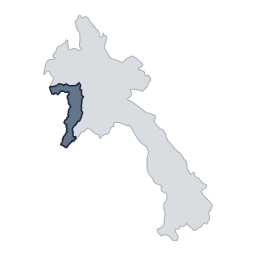 Xaignabouri on a map of Laos (Natural Earth projection)
{"feature_id": "LAO-3278", "entity_name": "Xaignabouri", "entity_type": "Province", "adm_level": 1, "iso_a3": "LAO", "parent_name": "Laos", "parent_adm1": "", "projection": "natural_earth1", "projection_center": [101.237, 18.696], "detail": "fine", "context": "in_parent", "style": "filled", "palette": "slate", "viewbox_px": 256, "rotation_deg": 0, "n_neighbors": 0, "source": "natural_earth", "source_scale": "10m", "svg_char_len": 7152}
<svg xmlns="http://www.w3.org/2000/svg" viewBox="0 0 256 256"><path d="M88.3,18.4L89.6,20.9L95.3,27.7L96.3,29.5L98.4,30.9L100.2,36.9L100.9,37.3L101.9,36.9L102.6,36.0L103.2,33.7L103.6,33.5L104.2,35.4L105.8,35.9L106.6,36.8L106.8,38.2L106.5,39.7L105.2,43.1L104.4,47.7L110.0,57.6L112.4,58.9L118.0,60.5L121.8,62.7L123.6,62.1L125.3,59.7L127.3,58.3L131.0,56.2L132.1,56.1L134.2,57.0L137.6,59.4L142.8,64.0L142.7,65.2L141.7,66.4L139.0,68.2L138.1,69.4L138.6,69.8L140.9,70.1L143.7,71.2L144.5,72.4L145.0,75.1L145.5,75.6L148.0,75.3L148.8,75.7L149.7,76.6L150.6,78.8L150.6,80.5L148.1,83.5L147.8,85.3L146.5,87.4L143.1,91.0L142.2,91.2L135.8,89.3L130.7,89.5L130.3,90.3L131.2,92.5L131.5,94.6L130.7,96.2L127.8,98.4L127.7,99.3L128.3,100.2L132.5,102.1L146.1,112.5L152.2,114.4L155.0,115.7L155.7,116.5L155.6,117.4L154.9,118.5L154.4,120.5L154.3,121.7L155.0,122.9L156.1,124.7L159.9,128.6L162.7,129.5L165.6,134.0L166.5,137.9L167.9,140.5L175.0,148.9L180.9,154.1L184.5,159.8L186.2,161.0L186.7,163.1L187.2,169.0L189.3,172.0L189.7,173.2L190.6,174.0L191.6,174.2L193.6,172.3L194.0,172.6L195.0,175.7L195.8,176.8L199.0,178.7L202.3,182.5L204.1,183.9L206.3,185.0L206.6,186.1L206.2,187.4L205.5,188.1L201.7,190.3L201.2,191.3L203.8,196.1L210.2,202.1L212.2,205.6L211.8,207.4L210.1,210.8L208.8,211.8L208.4,212.9L209.4,215.7L209.3,220.1L208.1,221.1L207.0,223.8L206.2,224.0L204.3,223.0L200.2,227.6L198.4,227.4L196.4,230.0L193.7,230.3L191.9,228.4L188.0,225.3L186.6,223.4L185.4,225.1L183.3,226.6L180.4,226.1L179.6,228.4L179.1,228.8L175.6,229.2L174.9,229.6L175.5,231.7L177.6,235.2L178.2,237.3L176.9,240.6L173.3,240.6L171.6,239.2L169.6,236.3L164.9,234.5L161.8,235.8L160.8,235.7L158.5,233.3L157.6,231.8L157.1,229.5L160.6,227.6L162.4,226.2L163.6,224.7L164.1,223.1L164.6,216.4L165.1,214.1L164.8,211.2L163.8,209.0L163.8,205.6L164.3,202.9L165.7,201.5L166.6,199.5L167.1,195.1L166.7,194.0L165.4,192.9L163.1,191.9L161.7,190.6L161.1,189.0L161.2,187.6L161.8,186.4L160.2,185.1L156.1,183.6L153.8,181.9L153.3,179.8L151.6,177.2L148.7,173.9L147.1,169.1L146.9,162.9L147.2,157.8L148.5,151.9L146.8,147.7L144.9,145.5L142.3,143.8L139.8,141.5L137.4,138.4L134.6,133.9L131.3,127.9L129.1,125.2L127.9,125.8L125.6,125.3L121.9,123.5L118.8,122.6L116.1,122.4L114.3,122.8L113.5,123.8L113.5,124.7L114.1,125.6L113.8,126.3L112.4,126.7L111.2,127.7L110.0,129.9L109.1,132.8L107.8,133.9L105.7,134.2L103.7,135.0L101.7,136.4L100.7,137.5L100.8,138.2L100.4,138.3L99.4,137.9L99.0,137.0L99.0,135.5L98.0,134.5L95.9,134.0L93.5,132.4L89.0,128.2L87.9,128.0L86.4,129.1L84.5,131.4L82.9,132.3L81.6,131.9L80.7,132.7L80.0,134.8L78.7,136.5L72.6,141.0L67.1,146.7L65.7,147.2L62.4,145.6L61.4,144.5L65.9,132.7L66.6,129.8L66.5,126.0L64.5,122.9L64.4,122.0L64.7,121.0L67.1,117.3L69.8,107.9L69.6,105.0L68.4,101.7L67.8,98.7L68.3,94.5L68.1,92.9L66.8,92.1L62.7,91.2L60.3,91.9L59.1,93.0L57.7,93.8L55.1,94.2L52.6,92.7L50.5,90.3L50.0,87.4L52.6,81.1L53.3,78.7L53.2,77.5L52.8,76.3L52.1,76.2L50.8,74.7L49.5,72.1L48.3,70.9L47.1,71.1L46.1,72.1L44.3,74.5L43.8,74.2L45.3,65.5L46.8,61.8L48.5,60.1L50.3,59.4L52.2,59.6L53.8,59.3L55.1,58.4L55.0,57.9L53.4,57.7L52.8,56.8L53.1,54.9L53.8,53.7L54.9,53.1L55.9,51.3L56.9,48.1L58.0,46.5L59.4,46.4L61.8,45.1L65.2,42.4L66.5,39.8L67.8,41.0L67.3,44.0L68.0,44.6L68.3,45.7L68.1,47.4L68.4,48.8L68.9,49.5L69.7,49.9L73.2,48.6L75.4,48.5L79.0,50.8L81.2,49.1L81.2,48.5L79.4,46.4L80.0,38.8L79.7,33.0L76.8,28.7L76.2,26.9L75.9,24.1L75.0,21.7L77.1,19.8L78.3,16.2L79.8,15.4L80.2,15.5L82.0,18.2L84.3,16.8L86.1,16.8L87.5,17.5L88.3,18.4Z" fill="#d9dde1" stroke="#a8b0b8" stroke-width="1"/><path d="M49.9,88.2L49.7,88.0L49.6,87.7L49.7,87.2L50.3,86.4L51.0,86.5L51.9,86.8L52.7,86.8L53.4,86.6L54.1,86.2L54.6,86.2L55.0,86.0L55.2,85.8L55.5,85.8L55.8,85.9L56.1,85.9L56.3,85.8L57.8,84.7L58.2,84.4L58.5,84.0L58.8,83.9L59.1,83.8L61.8,84.3L62.8,84.7L63.6,85.4L63.7,85.2L63.8,84.9L64.1,84.8L64.4,85.2L64.7,85.1L65.3,84.5L65.8,84.0L66.0,83.9L66.3,83.9L66.6,84.1L66.8,84.2L67.2,84.4L68.6,85.5L69.1,85.7L75.8,85.6L76.7,85.4L77.2,84.8L76.9,84.6L77.2,84.3L77.6,84.0L78.0,83.9L78.9,83.0L79.1,82.8L79.6,83.5L79.9,84.0L80.3,84.4L80.5,84.9L80.6,86.1L80.2,87.3L80.0,87.8L80.0,89.4L80.2,90.1L80.9,90.1L81.5,90.0L81.5,91.1L81.6,94.6L81.6,95.0L81.8,95.4L82.1,95.7L82.4,96.0L83.3,96.4L83.5,96.7L83.4,96.9L82.7,97.8L82.5,98.2L82.4,98.7L81.9,99.6L81.7,100.0L81.7,100.5L81.9,102.0L81.8,102.5L81.6,103.4L81.4,106.0L81.4,106.4L81.3,106.7L81.3,107.0L81.5,107.4L81.5,107.7L81.6,108.2L81.5,108.8L81.3,109.8L81.3,110.3L81.4,110.7L82.3,111.8L82.6,112.7L82.4,113.5L81.7,115.1L81.6,115.6L81.5,116.7L81.4,117.2L80.7,118.6L80.4,119.1L79.9,120.4L79.7,120.7L79.1,121.2L78.9,121.3L78.6,121.4L78.3,121.3L78.1,121.2L77.7,121.5L77.3,122.5L77.1,122.9L76.6,123.3L76.3,123.4L76.2,123.7L76.2,124.0L75.9,124.6L75.6,125.0L75.2,125.4L74.8,125.5L74.3,125.6L74.1,125.8L74.0,126.2L73.8,126.6L72.8,127.9L72.4,128.8L72.3,129.9L72.4,130.2L72.8,131.0L72.9,131.4L73.0,133.2L73.0,134.0L72.9,134.8L72.8,135.4L73.3,136.3L73.4,136.6L73.6,136.8L73.9,136.9L74.4,136.7L74.6,136.8L74.7,137.2L74.9,137.2L75.0,137.1L75.4,136.9L75.7,136.8L75.8,137.1L75.8,137.3L75.4,138.1L75.4,138.3L75.5,138.4L75.5,138.5L75.3,138.6L75.8,139.0L75.3,139.4L74.6,139.7L74.2,140.2L74.1,140.4L74.0,140.6L73.9,140.9L73.6,140.4L73.6,140.2L73.4,140.2L73.0,140.6L72.7,140.6L72.3,140.6L72.0,140.7L71.9,140.9L72.0,141.0L72.3,141.0L72.3,141.3L71.9,141.8L71.6,141.9L71.4,142.0L68.9,144.3L68.5,144.9L68.0,145.9L67.9,146.1L67.6,146.2L67.3,146.3L67.1,146.4L67.1,146.8L66.7,147.4L66.6,147.6L66.3,147.7L66.2,147.6L65.5,147.4L64.9,146.9L64.5,146.8L64.2,146.4L63.8,146.0L63.4,145.7L63.0,145.5L62.0,145.2L61.2,145.1L60.9,144.8L60.8,144.2L61.2,143.6L61.9,142.6L62.4,141.5L62.4,141.2L62.5,140.8L62.5,140.2L62.4,140.0L62.5,139.8L62.6,139.6L62.8,139.5L62.8,139.4L62.8,139.2L62.7,139.1L62.6,138.9L62.7,138.7L62.8,138.6L63.3,138.4L63.4,138.0L63.3,137.1L63.4,136.6L63.6,136.3L64.3,135.9L64.9,135.3L65.2,134.7L65.5,134.0L65.9,133.3L66.2,133.0L66.9,132.5L67.1,132.2L67.0,131.8L66.6,130.8L66.5,130.3L66.6,129.8L67.0,128.9L67.0,128.4L66.9,128.2L66.6,128.0L66.5,127.8L66.3,127.3L66.3,127.1L66.2,126.2L66.3,125.9L66.4,125.7L66.8,125.3L66.9,125.1L66.6,124.7L65.2,124.0L65.0,123.8L64.5,123.3L64.2,122.8L64.1,122.3L64.2,121.8L64.8,121.0L65.0,120.5L65.0,120.3L65.1,120.2L66.6,119.3L66.9,118.9L66.9,118.6L66.9,118.1L67.0,117.8L67.1,117.6L67.5,117.5L67.7,117.4L68.3,116.7L68.6,116.3L68.7,115.9L68.6,115.4L68.1,114.9L68.0,114.4L68.1,114.0L68.4,113.1L68.5,112.7L68.4,111.1L68.4,110.6L68.6,110.1L69.1,109.4L69.3,109.0L69.6,108.2L69.7,107.8L70.7,106.7L70.5,106.0L69.9,105.2L68.9,104.2L68.6,103.9L68.5,103.5L68.4,102.9L68.5,101.4L68.1,99.2L68.1,98.9L68.1,98.7L67.9,98.4L67.5,98.3L67.4,98.2L67.2,97.4L67.4,96.3L67.7,95.4L68.2,95.0L68.7,94.9L69.0,94.3L69.1,93.5L69.1,92.9L69.0,92.6L68.9,92.3L68.7,92.1L68.4,91.9L68.0,91.8L67.8,91.9L67.6,92.0L67.3,92.2L66.8,92.3L66.2,92.4L65.5,92.4L64.9,92.1L63.9,91.4L63.5,91.2L62.8,91.2L60.9,91.2L60.7,91.2L60.4,91.3L60.1,92.0L59.2,93.2L58.1,94.3L57.9,94.6L57.6,94.3L57.4,94.0L57.1,93.8L55.3,93.0L54.7,93.1L54.2,93.5L54.0,93.9L53.8,94.3L53.4,94.3L52.8,94.1L52.1,93.8L51.7,93.5L51.5,93.2L51.4,92.8L51.4,92.4L51.3,91.9L51.1,91.6L50.7,90.9L50.5,90.6L50.4,90.2L50.3,89.3L50.2,88.9L50.1,88.6L49.9,88.2Z" fill="#64748b" stroke="#1e293b" stroke-width="1.5"/></svg>